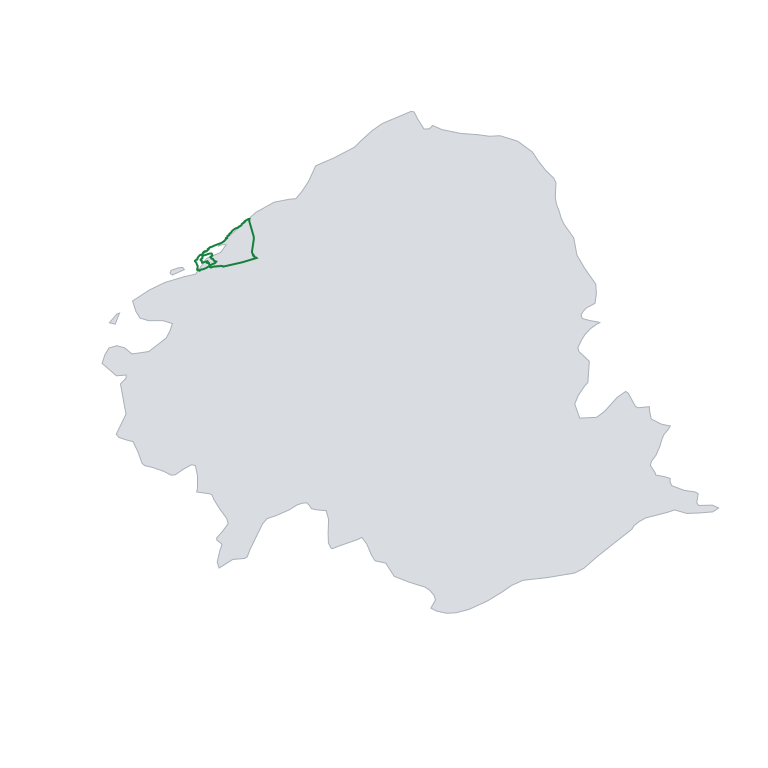 Mondol Seima, Kaôh Kong, Cambodia shown in context, rotated 69°
{"feature_id": "14789045B23229264663112", "entity_name": "Mondol Seima", "entity_type": "district", "adm_level": 2, "iso_a3": "KHM", "parent_name": "Cambodia", "parent_adm1": "Kaôh Kong", "projection": "equal_earth", "projection_center": [102.98, 11.754], "detail": "medium", "context": "in_parent", "style": "outline", "palette": "green", "viewbox_px": 768, "rotation_deg": 69, "n_neighbors": 0, "source": "geoboundaries", "source_scale": "gbopen_adm2", "svg_char_len": 4670}
<svg xmlns="http://www.w3.org/2000/svg" viewBox="0 0 768 768"><g transform="rotate(69 384 384)"><path d="M619.7,116.0L621.2,122.9L617.4,135.8L613.4,147.6L605.7,157.8L605.4,165.4L602.8,187.9L603.9,195.1L605.8,201.3L608.3,204.5L615.2,226.6L621.5,246.7L627.6,263.2L628.8,273.7L623.4,300.2L617.1,324.5L617.7,336.6L620.6,348.8L623.6,365.0L624.9,385.7L623.3,399.2L620.5,407.6L614.9,416.2L610.0,420.6L604.1,413.3L599.4,413.0L593.2,415.1L588.3,418.5L578.3,431.2L567.2,443.4L551.8,446.6L545.9,455.7L539.4,457.0L527.2,457.4L519.3,459.6L519.7,464.2L519.1,485.8L519.3,490.9L518.1,492.3L512.6,492.9L503.2,489.6L490.5,484.2L481.5,483.4L476.9,492.8L474.2,496.5L470.8,497.1L467.2,498.8L466.0,503.0L465.7,508.3L467.5,517.3L468.2,531.6L467.8,541.4L471.1,547.6L490.5,568.4L496.3,573.6L496.9,576.7L493.6,588.0L496.7,603.9L490.6,603.6L480.5,596.8L475.6,592.6L469.8,596.0L467.7,595.3L463.7,587.5L458.5,579.5L453.2,579.0L441.9,582.1L430.4,584.3L426.0,584.3L424.3,585.7L417.6,597.6L414.8,595.6L403.1,591.1L392.6,589.3L390.4,592.4L391.7,602.1L394.0,611.6L392.7,615.6L386.9,620.6L379.2,629.6L374.5,636.6L371.2,638.3L359.5,638.0L347.9,638.9L343.2,645.5L338.8,650.6L335.0,652.0L319.7,635.7L289.5,630.0L286.2,622.8L283.2,621.4L280.5,630.8L263.8,639.8L256.9,634.3L251.8,627.8L252.5,619.7L257.3,613.2L265.6,608.5L269.4,592.0L263.1,570.9L257.6,564.7L251.7,559.9L245.6,567.7L240.5,581.1L235.1,588.1L227.5,589.6L216.4,589.0L212.1,569.0L210.7,551.8L212.2,532.2L213.9,520.6L203.2,504.6L202.6,489.3L197.4,481.4L195.9,485.4L196.1,489.8L194.6,486.6L177.8,441.9L174.9,421.2L177.8,405.2L179.5,399.9L174.7,391.5L167.9,381.9L155.8,369.5L155.0,349.7L152.3,326.4L148.7,318.5L143.2,304.2L140.2,292.3L139.2,261.0L140.8,258.4L149.3,257.5L160.3,255.3L162.0,250.2L160.1,246.0L167.1,238.9L177.1,223.4L184.9,207.1L190.5,196.8L193.8,186.7L205.1,172.3L220.6,162.3L231.2,160.0L242.2,156.6L252.7,151.8L257.7,151.3L270.8,157.1L277.9,158.6L285.3,158.5L293.0,159.2L299.7,158.6L315.7,154.5L332.7,157.7L347.9,155.2L366.7,150.5L375.9,153.4L384.3,158.1L385.5,167.7L387.5,172.0L390.3,175.4L394.0,175.4L398.8,168.7L402.8,161.9L404.1,160.6L404.3,164.0L406.3,171.4L409.9,178.7L413.5,183.6L419.6,190.0L423.5,190.4L436.3,184.2L455.6,193.1L457.9,197.6L464.2,206.6L471.0,213.1L486.0,213.5L491.3,197.6L488.6,187.9L480.0,171.0L477.6,161.0L480.3,159.2L494.8,157.4L497.2,155.4L500.3,144.4L504.3,145.7L512.3,147.1L520.8,139.6L525.8,131.8L528.5,135.3L531.6,140.9L534.9,144.1L541.0,148.8L547.8,155.4L552.0,162.0L555.4,164.5L564.0,162.7L566.3,163.0L571.3,155.0L574.7,150.7L577.7,152.0L582.1,151.8L591.0,141.7L596.1,132.5L598.9,130.0L607.0,134.6L610.2,133.7L614.7,121.0L619.7,116.0ZM206.4,542.6L204.8,543.7L203.2,543.7L201.6,541.9L201.8,534.7L202.9,530.3L205.6,529.4L206.4,542.6ZM231.8,613.5L228.4,618.4L223.0,608.3L223.0,605.5L231.8,613.5Z" fill="#d9dde1" stroke="#a8b0b8" stroke-width="1"/><path d="M212.0,508.3L211.1,504.2L212.7,504.5L213.3,503.7L213.2,502.1L213.5,500.6L213.4,500.1L213.8,499.7L214.2,498.6L214.3,497.1L214.6,496.8L215.0,495.8L215.1,494.3L216.0,492.6L216.3,492.6L216.5,492.0L216.8,491.9L219.6,472.6L220.7,457.7L220.3,457.9L219.4,459.1L218.4,459.6L218.1,459.4L217.1,460.2L216.5,459.6L215.1,460.1L213.4,460.0L201.9,453.5L199.7,452.8L183.4,451.4L181.7,450.4L181.4,451.4L181.8,454.3L182.2,456.0L182.7,455.9L182.9,456.2L183.4,458.0L183.3,458.4L183.7,459.5L184.5,460.0L185.1,461.5L184.9,462.7L185.5,463.6L185.4,464.0L185.7,464.6L185.5,466.6L186.0,469.0L186.8,471.2L187.9,472.6L188.2,474.0L188.6,474.8L189.2,474.9L189.4,475.1L189.6,476.2L189.5,476.5L189.8,477.3L191.6,478.2L191.2,479.4L192.2,479.8L193.3,482.0L194.0,484.9L194.0,493.1L194.3,496.5L193.9,497.1L194.7,499.5L195.0,499.1L195.3,499.3L196.3,501.7L196.5,502.6L196.4,503.3L196.0,503.1L195.8,504.0L196.1,504.9L196.4,504.6L196.7,504.8L197.4,506.9L198.0,507.5L198.1,508.3L197.6,509.1L197.7,509.7L199.3,512.7L200.5,513.3L200.9,513.8L200.6,514.7L201.2,516.3L201.5,516.5L203.3,515.8L205.6,515.9L206.9,515.6L209.4,516.7L209.7,517.3L210.7,517.4L211.1,516.6L211.2,516.9L211.2,516.6L212.1,515.8L212.2,515.4L211.6,514.5L211.7,513.0L212.0,512.2L212.0,508.3ZM210.3,497.8L210.6,498.7L210.6,501.5L210.8,502.7L211.1,503.4L210.6,504.2L208.8,504.3L208.4,504.0L208.0,504.1L207.5,503.9L207.6,504.0L207.5,504.3L207.5,504.8L207.8,505.2L207.5,505.7L206.5,504.6L206.2,504.7L206.0,504.9L206.2,506.3L205.7,507.2L205.8,509.7L205.5,510.4L203.8,510.0L202.8,510.8L202.3,510.7L201.9,510.4L201.7,509.0L201.3,508.3L200.2,508.1L199.2,506.8L199.5,505.4L199.7,500.0L200.4,498.2L201.3,498.0L202.6,498.3L202.9,498.9L202.9,500.0L203.2,500.5L203.8,500.0L204.3,500.3L205.2,500.0L205.6,499.3L206.2,498.7L207.5,498.7L208.4,498.0L208.7,498.1L209.6,496.8L210.3,497.8Z" fill="none" stroke="#15803d" stroke-width="2"/></g></svg>